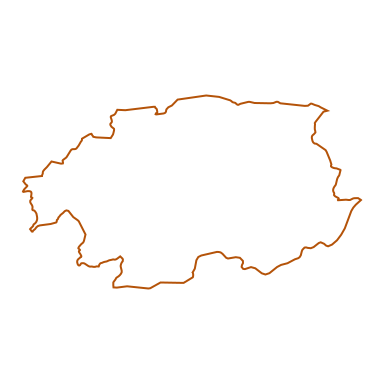 the Region of Banskobystrický
{"feature_id": "SVK-1052", "entity_name": "Banskobystrický", "entity_type": "Region", "adm_level": 1, "iso_a3": "SVK", "parent_name": "Slovakia", "parent_adm1": "", "projection": "equal_earth", "projection_center": [19.313, 48.501], "detail": "fine", "context": "isolated", "style": "outline", "palette": "amber", "viewbox_px": 384, "rotation_deg": 0, "n_neighbors": 0, "source": "natural_earth", "source_scale": "10m", "svg_char_len": 5434}
<svg xmlns="http://www.w3.org/2000/svg" viewBox="0 0 384 384"><path d="M361.0,200.0L355.8,204.7L353.3,207.6L351.3,211.0L344.8,228.4L341.2,234.7L337.0,240.3L332.0,244.6L328.1,246.3L326.1,245.6L324.1,243.8L320.7,242.3L318.8,243.0L313.6,247.1L310.8,248.2L307.8,247.9L306.0,247.4L304.5,247.6L302.4,249.8L301.8,251.3L300.8,255.3L299.6,257.2L298.2,258.2L294.9,259.3L288.1,262.9L287.6,263.2L281.1,264.9L277.1,267.0L269.4,273.2L265.4,274.5L261.8,273.3L255.3,268.3L251.0,267.1L244.9,269.1L243.2,268.9L241.6,266.9L242.0,265.0L243.0,263.1L242.9,260.9L239.9,257.8L235.8,257.2L228.0,258.5L226.2,257.8L222.5,253.8L220.6,252.4L218.8,252.0L217.0,251.9L201.3,255.5L198.3,257.0L196.4,260.2L194.8,268.7L192.8,272.2L192.8,272.3L192.7,272.4L192.8,272.5L193.1,273.9L193.2,275.0L193.1,276.2L192.8,277.3L183.6,282.9L160.5,282.5L150.3,288.2L148.4,288.5L127.1,286.3L116.9,287.6L113.5,287.4L113.3,285.3L113.3,282.6L113.6,281.9L115.5,279.4L116.0,278.3L116.5,277.7L117.2,277.2L118.0,276.7L118.8,276.1L119.8,275.2L121.0,273.7L121.7,272.2L121.7,270.7L120.7,266.7L120.7,265.5L121.1,263.9L121.5,263.0L121.8,262.4L122.6,261.4L122.8,261.0L122.8,260.6L122.8,259.9L122.9,259.5L122.7,259.0L122.5,258.6L120.2,256.4L117.4,258.5L116.5,259.1L115.6,259.5L114.8,259.6L114.2,259.6L113.2,259.4L112.7,259.5L112.1,259.7L109.2,260.3L106.8,261.4L105.9,261.6L104.8,261.8L103.4,262.2L102.8,262.5L102.1,262.8L100.9,263.1L100.3,263.4L99.8,264.0L99.2,264.9L99.0,265.7L98.9,266.1L98.8,266.3L98.7,266.5L98.4,266.5L97.3,266.4L96.5,266.4L94.9,266.9L94.0,266.9L93.2,266.8L91.8,266.5L91.3,266.5L90.3,266.6L89.9,266.6L89.2,266.4L88.3,266.0L85.0,263.8L84.3,263.4L83.4,263.2L82.5,263.2L81.8,263.2L81.2,263.4L80.8,263.9L80.4,264.6L80.0,265.1L79.6,265.4L79.2,265.5L78.7,265.4L78.3,265.1L77.8,264.4L77.5,263.5L77.2,262.4L77.2,261.1L77.5,260.2L78.4,259.0L79.6,258.1L80.3,257.3L81.1,257.0L81.3,256.6L81.3,256.0L80.6,254.5L79.2,252.4L78.9,251.6L79.0,251.0L79.7,250.5L79.9,250.2L79.9,249.8L78.4,248.4L78.5,247.6L79.1,246.6L81.1,244.3L83.2,242.5L83.7,241.5L84.0,240.7L85.5,234.5L78.8,221.3L77.8,220.3L73.3,217.1L68.4,210.9L66.4,210.4L65.7,210.7L64.7,211.2L63.1,212.9L60.6,214.9L60.1,215.5L59.5,216.4L58.5,217.4L58.3,217.8L58.2,218.3L58.0,218.8L57.7,219.3L56.9,220.0L56.8,220.7L56.7,221.4L56.6,221.9L56.1,222.5L50.6,224.0L39.9,225.4L37.8,226.1L36.3,227.4L35.2,228.9L34.8,229.3L33.7,230.2L33.2,230.6L32.6,231.6L31.8,231.5L30.1,229.1L31.0,228.1L32.4,226.8L32.8,226.3L33.2,225.8L33.3,225.2L33.5,224.7L33.8,224.3L34.9,223.5L35.5,222.9L36.2,222.0L36.7,220.9L37.1,219.6L37.2,218.1L37.0,216.4L36.4,213.5L35.1,211.4L34.1,210.5L33.4,210.3L32.9,210.2L32.5,209.9L32.3,209.2L32.5,208.0L32.5,206.7L32.1,205.4L30.7,203.2L30.2,202.0L30.3,200.6L30.8,199.9L32.2,198.3L32.4,197.9L32.3,197.7L31.4,197.5L31.1,197.2L31.0,196.6L31.3,195.2L31.4,194.2L31.5,193.1L31.2,192.1L30.6,191.5L29.1,191.1L27.6,191.1L23.5,191.9L23.0,191.6L23.3,190.8L24.4,189.1L26.9,186.5L27.3,185.9L26.9,185.2L25.8,184.5L23.3,181.3L25.3,177.8L42.0,176.0L42.0,175.5L42.1,175.2L42.7,173.7L42.8,173.3L42.8,173.0L42.8,172.7L42.8,172.3L42.9,171.9L43.1,171.3L43.6,170.6L44.4,169.6L46.9,167.1L51.5,161.5L60.8,163.6L61.8,163.6L62.9,163.4L63.0,162.5L62.6,160.6L62.9,160.1L63.5,159.6L65.9,157.8L66.6,157.1L70.7,150.5L71.5,149.6L72.4,149.2L75.0,149.1L75.7,148.9L76.4,148.5L78.7,145.5L80.8,141.8L81.4,141.1L81.7,140.6L81.9,140.2L82.0,138.7L89.3,134.4L91.4,133.8L91.7,134.1L91.9,134.6L92.1,135.0L92.3,135.4L92.5,135.6L92.8,135.9L93.2,136.5L93.3,136.8L96.2,137.4L110.7,138.1L113.0,134.5L113.4,133.1L114.0,130.6L114.1,129.5L114.0,128.8L113.7,128.5L111.5,126.8L110.5,125.2L110.3,124.3L110.5,123.6L111.0,123.1L111.7,122.3L111.9,121.3L111.7,120.1L110.8,117.4L110.8,116.6L111.1,116.1L114.0,114.9L114.8,114.2L115.3,113.7L117.3,109.8L125.3,110.2L153.5,106.8L154.9,106.8L155.1,107.2L155.4,107.9L155.7,108.2L156.2,108.4L156.6,108.9L156.9,109.7L157.2,111.4L157.3,112.2L157.2,112.8L156.5,113.0L156.2,113.1L156.0,113.3L155.6,114.2L156.0,114.4L156.5,114.4L163.4,113.5L164.4,113.2L165.3,112.7L165.6,112.3L165.8,111.9L166.0,111.5L166.2,110.1L166.5,109.3L168.3,107.3L171.9,105.5L177.6,99.6L206.2,95.5L219.1,96.9L230.1,100.3L231.4,101.1L232.3,102.0L232.9,102.3L234.6,102.7L235.3,102.9L235.8,103.3L236.2,103.8L237.1,104.5L237.8,104.8L238.4,104.8L240.4,103.8L248.2,101.9L249.8,101.9L254.6,103.0L270.9,103.3L271.3,103.2L273.4,103.0L276.4,101.8L277.3,101.8L278.0,101.9L280.3,103.3L304.8,105.9L308.0,105.7L310.7,103.7L311.8,103.7L314.9,105.0L318.3,106.0L319.2,106.4L320.4,107.2L327.4,110.7L323.5,111.7L315.6,121.8L314.8,123.1L315.0,124.2L315.0,124.8L314.9,125.4L314.8,127.5L314.8,129.2L315.3,131.3L315.4,132.5L314.6,133.4L313.8,134.3L312.9,135.0L312.4,135.6L312.0,136.2L311.8,137.2L311.9,138.5L312.5,141.0L313.2,142.4L314.5,143.5L316.5,143.8L316.8,144.0L325.6,150.1L326.6,151.8L330.2,160.5L331.4,164.5L331.2,164.9L331.1,165.3L331.0,165.8L331.0,166.3L331.3,166.7L331.9,167.2L333.5,167.9L334.7,168.2L336.6,168.4L337.1,168.6L338.6,169.2L340.1,169.7L340.5,170.0L340.5,170.3L340.1,171.8L339.4,174.7L339.2,175.4L338.9,175.9L338.4,176.4L338.0,177.1L337.6,177.9L337.1,179.2L335.9,184.3L335.5,185.2L334.5,186.5L333.9,187.5L333.4,188.6L333.1,190.0L333.2,190.9L333.4,191.7L334.0,192.7L334.2,193.3L334.2,193.9L334.1,194.5L334.0,195.0L334.5,195.7L335.3,196.4L338.3,198.0L338.7,198.4L338.6,198.8L338.3,199.2L338.1,199.6L337.9,199.9L338.0,200.2L338.7,200.2L346.0,199.7L348.6,200.0L350.0,200.0L353.0,198.5L354.2,198.2L358.0,198.1L360.9,199.9L361.0,200.0Z" fill="none" stroke="#b45309" stroke-width="2"/></svg>